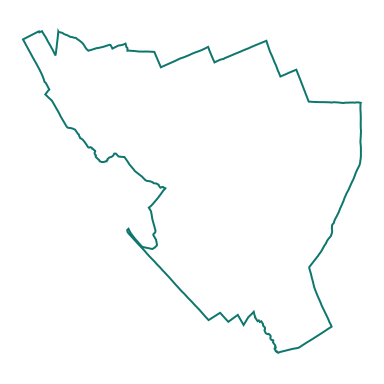 Fantanele, Iasi, Romania
{"feature_id": "2599482B12543048192025", "entity_name": "Fantanele", "entity_type": "district", "adm_level": 2, "iso_a3": "ROU", "parent_name": "Romania", "parent_adm1": "Iasi", "projection": "albers", "projection_center": [27.177, 47.409], "detail": "fine", "context": "isolated", "style": "outline", "palette": "teal", "viewbox_px": 384, "rotation_deg": 0, "n_neighbors": 0, "source": "geoboundaries", "source_scale": "gbopen_adm2", "svg_char_len": 5859}
<svg xmlns="http://www.w3.org/2000/svg" viewBox="0 0 384 384"><path d="M331.6,326.7L330.5,324.0L329.4,322.0L328.3,319.3L327.3,317.1L321.7,305.6L320.7,302.9L317.8,296.4L316.0,292.0L314.2,287.2L312.9,281.6L311.8,277.7L311.0,274.1L309.7,269.7L309.3,268.0L309.2,267.6L309.3,267.2L309.4,266.9L309.7,266.4L310.2,265.9L316.5,257.8L318.2,255.7L319.1,254.2L320.2,252.8L321.5,250.9L324.4,245.6L325.5,244.1L326.4,242.5L326.6,241.8L327.0,241.0L328.4,238.9L330.5,236.5L331.1,235.7L331.1,235.2L331.6,234.0L332.1,232.0L332.1,230.0L331.9,228.8L331.9,228.0L332.0,226.5L332.0,226.0L332.2,224.9L332.4,224.6L332.6,224.2L333.5,223.4L334.0,222.6L334.1,221.7L334.7,220.1L335.5,218.4L336.7,216.3L338.2,213.2L338.7,212.3L340.2,208.3L340.8,207.1L342.5,203.4L342.7,202.7L343.5,201.0L344.1,199.2L344.2,198.8L344.8,197.4L346.6,193.3L348.5,189.8L350.4,185.6L351.1,183.9L352.7,180.6L353.5,179.0L354.5,176.4L355.4,173.8L356.1,172.1L357.5,169.1L357.9,168.4L359.4,165.4L360.1,162.9L360.3,160.7L360.5,159.9L360.8,157.4L360.9,155.2L360.9,148.5L360.8,145.9L360.5,143.1L360.4,141.8L360.7,137.3L360.8,135.2L361.0,130.4L360.8,128.8L360.7,125.0L360.8,118.4L360.7,113.8L360.4,108.9L360.5,103.4L360.7,102.8L358.3,102.4L356.5,102.4L355.0,102.6L354.4,102.7L353.1,102.5L349.1,102.6L347.6,102.7L345.3,102.7L344.1,102.9L343.0,103.0L338.7,102.5L333.9,102.2L332.7,102.4L331.4,102.5L330.8,102.5L330.0,102.3L321.8,102.1L318.9,102.1L315.0,102.0L308.7,101.6L300.3,79.8L296.3,69.7L288.1,73.1L287.0,73.7L280.4,76.5L278.8,72.5L278.1,71.2L277.6,69.8L276.7,67.3L275.9,65.2L274.7,62.7L272.4,56.9L269.9,51.4L266.9,42.5L266.4,40.8L256.8,44.7L255.5,45.2L250.2,47.5L248.6,48.3L246.4,49.1L243.2,50.4L240.8,51.5L234.8,53.9L231.9,55.2L224.4,58.3L224.2,58.5L223.6,59.0L222.9,59.1L222.4,59.1L219.9,59.8L214.5,62.4L214.1,61.3L213.0,59.1L212.6,58.1L211.0,54.4L209.1,49.6L208.8,48.6L208.1,46.9L204.2,48.9L200.2,50.7L194.5,52.7L191.7,53.9L188.7,55.3L183.5,57.4L180.1,58.5L175.6,60.7L163.7,66.0L160.9,67.3L154.3,51.9L146.8,51.5L143.1,51.6L138.6,51.5L134.1,51.0L129.8,50.7L128.6,50.6L127.4,50.7L127.5,48.6L127.3,47.8L126.3,46.9L125.9,44.7L125.5,43.6L123.1,44.7L120.9,45.2L118.3,45.6L112.4,48.6L111.5,46.7L110.7,45.3L110.4,45.0L109.6,44.8L109.2,44.9L103.1,46.9L98.1,48.0L96.8,48.1L91.2,49.9L88.3,50.7L87.6,49.9L86.7,49.3L86.4,48.9L85.0,46.9L83.8,44.8L83.3,44.2L82.3,42.9L79.5,40.6L77.1,39.0L76.0,38.0L75.4,37.8L74.2,37.8L72.6,37.2L71.0,37.0L69.9,36.7L67.7,35.4L64.1,34.1L63.5,33.7L62.7,33.1L62.1,32.8L61.4,32.6L59.1,32.1L58.5,31.9L58.3,31.5L58.0,34.6L57.8,36.8L56.7,46.2L56.6,47.7L56.4,48.6L56.0,52.2L55.6,54.6L55.5,54.9L55.3,54.9L55.1,54.8L52.5,49.5L51.6,48.0L50.6,46.1L47.6,40.9L46.1,37.9L45.4,36.7L44.5,35.4L42.7,32.5L42.0,31.2L39.3,32.3L39.0,31.4L37.7,31.9L23.0,39.4L32.5,56.9L36.5,64.0L39.4,69.4L42.1,74.9L43.6,78.8L44.6,82.0L45.4,82.6L45.9,83.1L48.6,88.2L49.3,89.5L48.4,90.4L45.3,94.4L46.1,95.2L46.9,95.9L48.2,97.3L51.9,100.6L59.2,113.4L60.5,116.2L66.7,126.7L67.8,127.7L70.5,128.1L71.3,128.2L73.0,128.7L74.3,129.3L74.9,129.6L75.6,130.4L76.4,131.6L77.0,132.5L77.4,133.0L77.9,133.9L78.8,134.4L78.9,134.8L79.0,135.5L79.4,136.5L79.8,137.0L80.1,138.1L81.1,138.5L81.7,138.9L82.3,139.3L83.7,140.8L85.0,142.5L87.1,145.6L87.3,146.1L88.2,147.3L88.5,147.5L89.2,147.6L90.2,147.2L90.7,147.2L90.9,147.3L91.4,147.7L91.8,147.8L91.9,148.0L92.1,148.6L92.3,148.8L92.9,148.9L93.6,149.5L93.8,149.9L94.0,150.0L95.0,150.7L95.2,151.2L95.0,151.4L95.0,151.6L95.0,151.9L94.9,152.2L94.6,152.8L94.6,153.2L94.7,153.6L94.8,154.0L95.0,154.5L95.9,155.3L96.0,155.7L95.7,156.3L95.7,156.7L95.8,156.9L96.2,157.4L97.2,158.3L98.0,159.1L99.1,160.0L99.6,161.2L99.8,161.3L100.6,161.5L101.6,162.0L103.7,162.1L105.1,161.6L105.5,161.3L106.5,161.3L106.5,161.1L106.7,160.6L107.4,160.2L107.5,159.9L107.4,159.5L107.6,159.0L108.2,158.6L108.6,158.1L109.5,157.4L109.8,157.3L110.3,157.2L111.6,156.8L111.9,156.6L112.8,156.0L113.5,155.2L113.9,154.2L114.2,153.7L114.8,153.5L115.5,153.6L116.0,153.7L117.8,155.7L118.5,156.4L119.2,156.6L124.5,157.1L127.8,161.8L129.4,164.4L133.8,169.6L134.9,171.1L142.1,176.7L145.3,180.1L147.0,180.9L150.2,181.3L152.7,182.3L153.6,183.2L156.3,183.5L157.5,184.1L158.6,184.7L158.7,185.6L159.2,186.0L160.0,187.3L160.5,187.7L162.0,187.0L163.0,187.0L163.5,187.6L164.4,187.8L165.4,188.3L164.4,189.5L163.2,190.6L162.4,191.9L157.9,198.0L152.8,204.0L150.9,206.0L148.8,207.7L150.4,210.2L150.9,211.2L151.1,211.9L151.7,214.9L151.8,215.6L152.1,217.7L152.4,219.3L153.4,223.0L154.1,225.4L154.5,227.0L155.5,230.6L155.2,232.3L154.9,232.8L153.7,233.8L153.4,234.3L153.3,235.0L154.8,237.7L156.0,239.6L156.2,240.6L157.0,244.8L156.6,245.8L154.4,247.8L152.3,249.0L142.3,246.9L139.3,243.7L138.1,242.2L135.1,238.9L132.5,235.5L130.9,233.4L129.5,230.9L128.5,228.8L127.2,230.0L127.5,231.9L127.9,232.5L128.9,233.8L138.2,244.0L141.1,247.1L145.3,251.6L147.0,253.7L148.3,255.1L149.7,256.6L153.2,260.2L155.6,262.7L156.2,263.5L160.1,267.5L162.6,270.3L168.7,276.8L175.5,284.5L177.8,287.0L181.4,291.0L184.4,293.9L188.1,298.0L192.4,302.4L194.1,304.3L199.4,309.8L204.9,316.1L208.6,320.1L220.1,312.8L228.3,321.8L237.8,314.9L243.6,325.0L248.3,317.2L251.6,314.1L253.7,311.8L254.5,315.1L255.2,316.9L255.0,317.4L255.7,318.2L256.8,320.1L257.6,321.2L258.8,320.4L259.7,321.6L259.9,322.0L261.3,321.3L263.0,324.0L263.0,324.9L263.1,325.5L263.5,326.2L264.0,326.5L264.3,327.0L264.8,327.4L265.0,328.1L265.0,328.8L264.9,329.4L264.6,329.8L264.5,330.3L264.6,330.7L265.7,333.1L266.0,333.4L267.8,334.2L268.1,334.2L268.6,333.9L268.8,334.0L270.1,335.0L270.5,335.7L270.7,336.7L270.5,337.1L270.3,338.1L270.6,339.0L271.8,340.2L273.0,340.1L273.3,340.5L273.0,342.4L275.3,345.5L275.1,346.7L275.8,347.3L275.8,347.6L275.6,347.9L274.7,348.3L274.6,348.5L274.6,348.9L275.4,349.9L275.3,350.1L275.6,350.6L275.7,351.1L276.1,351.1L276.8,352.0L277.3,351.7L278.2,352.8L280.1,352.0L292.9,348.8L297.7,348.0L298.9,347.6L306.6,342.6L311.9,339.4L322.7,332.5L327.9,329.0L331.6,326.7Z" fill="none" stroke="#0f766e" stroke-width="2"/></svg>